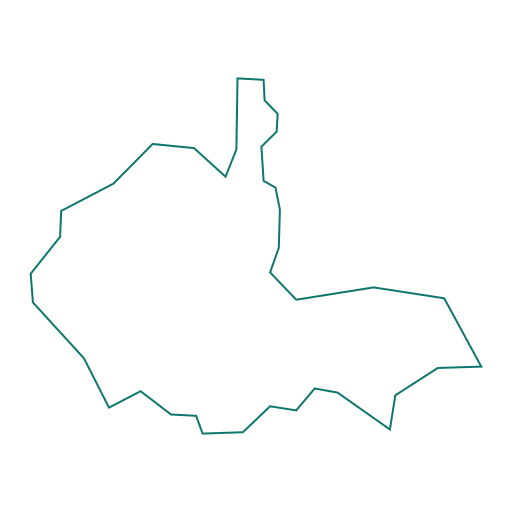 Pogradec, Korçë, Albania (Natural Earth projection)
{"feature_id": "67620474B77805918454880", "entity_name": "Pogradec", "entity_type": "district", "adm_level": 2, "iso_a3": "ALB", "parent_name": "Albania", "parent_adm1": "Korçë", "projection": "natural_earth1", "projection_center": [20.619, 40.937], "detail": "fine", "context": "isolated", "style": "outline", "palette": "teal", "viewbox_px": 512, "rotation_deg": 0, "n_neighbors": 0, "source": "geoboundaries", "source_scale": "gbopen_adm2", "svg_char_len": 587}
<svg xmlns="http://www.w3.org/2000/svg" viewBox="0 0 512 512"><path d="M30.7,273.7L32.9,302.4L84.0,358.4L109.0,407.6L140.6,391.2L171.0,414.5L196.1,415.8L202.6,433.6L242.9,432.2L270.1,406.3L296.2,410.4L314.7,388.5L337.6,392.6L389.9,429.5L395.3,395.3L437.7,368.0L481.3,366.6L444.2,298.3L373.5,287.4L296.2,299.7L270.1,272.4L278.8,247.8L279.9,209.5L275.5,187.7L263.6,180.8L261.4,146.7L276.6,131.7L277.7,113.9L264.6,100.3L263.6,79.8L237.5,78.4L236.4,149.4L225.5,176.7L194.0,148.1L152.6,144.0L113.5,183.6L61.2,210.9L60.1,236.8L30.7,273.7Z" fill="none" stroke="#0f766e" stroke-width="2"/></svg>